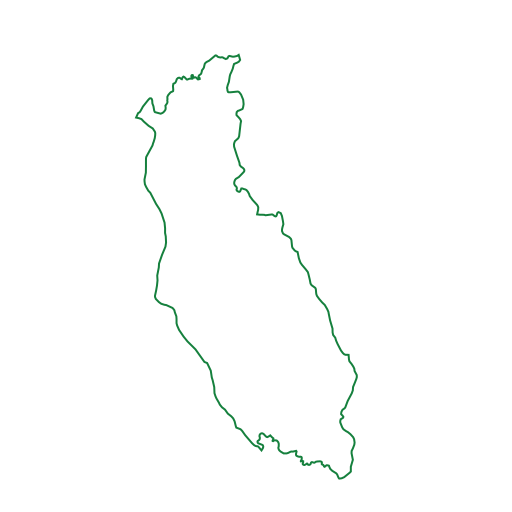 the district of Cam Khe, Phú Thọ, Vietnam, rotated 198°
{"feature_id": "81297802B31371166923700", "entity_name": "Cam Khe", "entity_type": "district", "adm_level": 2, "iso_a3": "VNM", "parent_name": "Vietnam", "parent_adm1": "Phú Thọ", "projection": "robinson", "projection_center": [105.096, 21.384], "detail": "fine", "context": "isolated", "style": "outline", "palette": "green", "viewbox_px": 512, "rotation_deg": 198, "n_neighbors": 0, "source": "geoboundaries", "source_scale": "gbopen_adm2", "svg_char_len": 6028}
<svg xmlns="http://www.w3.org/2000/svg" viewBox="0 0 512 512"><g transform="rotate(198 256 256)"><path d="M238.0,100.3L234.1,97.4L230.0,95.9L227.5,94.5L225.3,92.2L222.6,87.9L221.7,86.7L217.7,86.5L216.8,86.3L215.0,85.3L211.0,82.3L202.0,76.8L199.5,75.6L197.9,75.2L196.5,75.3L195.8,75.5L194.9,75.4L190.7,72.8L190.1,75.2L190.1,76.5L190.3,77.2L190.9,78.0L191.4,78.3L196.1,78.6L196.7,79.0L197.2,79.8L197.2,80.6L196.4,81.6L195.9,82.7L196.0,83.7L196.3,84.6L197.1,85.8L197.2,87.4L196.6,88.5L195.9,89.1L195.1,89.3L193.8,89.1L190.9,87.5L189.9,87.2L189.2,87.3L188.1,88.4L187.0,89.8L184.9,88.6L183.1,87.9L183.0,86.9L183.2,85.7L183.0,85.2L182.5,85.2L181.7,86.3L180.6,86.7L179.3,86.9L178.4,86.5L177.3,85.8L176.3,84.4L175.6,82.1L175.5,80.5L175.0,79.6L174.1,78.6L173.3,78.1L172.1,77.6L168.7,76.8L165.9,77.7L164.5,78.7L162.7,80.5L161.8,81.0L160.4,81.4L157.6,83.1L157.0,82.6L156.8,80.1L156.4,79.1L155.9,78.6L155.1,78.4L154.0,78.3L152.8,78.4L151.6,78.9L150.7,78.9L150.1,78.2L149.7,76.5L150.0,75.3L150.0,74.7L149.8,74.5L149.6,74.6L148.5,75.5L147.7,75.4L147.4,74.4L147.4,72.8L147.0,72.3L146.3,72.1L145.7,72.1L145.3,72.2L144.0,73.5L143.5,74.3L143.0,74.4L142.2,73.7L141.9,73.6L141.0,73.7L140.4,74.1L139.9,74.8L139.8,75.3L139.8,76.5L139.4,77.1L138.9,77.3L137.3,77.3L136.5,77.5L135.4,78.9L133.8,79.7L131.7,80.5L130.8,80.6L130.0,80.5L129.4,79.7L129.3,79.0L129.2,78.5L128.5,78.1L127.6,78.1L126.9,77.7L126.3,76.9L125.7,76.7L125.2,77.2L124.5,78.5L124.0,78.9L122.7,79.1L121.8,79.1L121.1,78.1L119.6,76.5L117.2,75.3L112.5,74.1L111.3,73.3L109.6,71.3L108.4,70.1L107.8,70.1L105.8,71.1L103.8,72.9L99.9,78.9L99.2,80.3L100.7,84.9L100.9,92.1L104.2,98.0L104.8,100.2L104.4,102.9L104.2,106.9L104.6,109.1L106.1,112.1L107.6,113.7L111.1,115.7L114.2,116.9L116.0,117.2L118.3,117.9L119.4,118.3L121.1,119.7L124.4,123.7L124.9,125.1L125.0,126.9L124.2,127.8L123.2,129.1L123.2,130.0L124.3,130.9L126.1,131.8L126.4,132.7L126.6,134.3L126.2,136.5L124.7,138.5L124.3,139.6L124.0,146.4L122.5,155.0L122.4,158.1L123.2,161.4L122.8,166.6L122.6,170.3L122.7,172.0L123.4,173.9L126.7,177.1L127.7,179.2L129.2,180.8L131.8,182.9L134.6,184.7L135.6,186.3L137.4,190.6L140.4,189.7L141.8,189.8L143.5,190.6L146.0,192.4L151.1,197.4L153.7,200.3L155.4,202.8L158.2,204.7L159.5,206.9L160.8,210.6L165.6,217.6L169.1,223.8L169.9,225.3L172.0,227.6L175.5,230.7L178.8,232.3L182.7,234.7L185.7,236.9L186.8,238.3L187.4,239.5L188.6,242.4L189.1,243.3L189.8,244.0L194.1,245.4L195.6,246.6L197.7,250.4L200.5,254.9L201.7,256.7L204.9,258.9L209.6,261.8L211.8,263.5L214.6,267.2L217.7,272.7L219.6,272.8L220.9,273.2L223.9,275.1L224.7,276.3L227.2,282.0L228.2,283.2L230.4,284.3L236.0,285.3L237.3,285.8L239.0,287.8L239.5,289.5L239.7,291.4L239.8,294.7L241.1,297.4L243.7,302.1L245.7,304.4L248.1,304.7L248.9,303.8L249.0,302.8L248.9,301.4L249.1,300.1L249.6,299.7L250.6,299.7L252.8,300.5L253.6,300.5L259.5,297.7L261.0,297.7L265.3,296.4L267.8,295.9L268.1,298.6L268.2,300.4L268.9,303.0L269.6,303.9L270.7,304.9L272.6,306.0L276.5,308.2L280.5,311.1L281.8,312.9L283.6,314.6L285.5,315.8L286.9,316.0L288.4,315.9L289.8,316.0L290.8,315.7L291.1,312.5L291.8,311.8L292.9,311.8L294.1,312.1L295.0,312.9L295.0,314.1L295.5,315.2L296.3,315.9L297.6,316.5L298.1,316.9L299.0,317.9L299.5,319.5L299.5,321.6L299.0,323.1L296.7,325.8L294.1,331.1L293.4,332.7L293.6,334.1L294.5,335.1L295.7,335.7L298.0,336.4L299.6,337.5L300.5,339.4L301.2,340.4L305.1,345.5L310.6,353.2L311.5,355.5L311.6,357.0L311.5,358.7L309.3,362.4L309.1,363.5L309.1,364.9L311.6,377.2L311.9,379.7L313.3,381.2L315.2,382.4L318.0,383.9L318.5,385.0L318.8,386.9L318.1,388.4L317.1,389.1L314.3,391.6L314.2,392.5L314.3,394.1L314.7,396.6L316.5,400.7L320.1,404.9L322.6,406.6L324.0,406.8L325.0,406.4L330.9,403.8L332.4,403.3L333.2,403.3L334.2,404.4L334.8,405.8L335.5,407.0L335.7,409.9L335.6,413.3L336.5,418.8L336.6,420.0L336.6,421.1L336.3,423.1L336.0,426.9L336.2,429.8L336.2,431.9L333.6,434.1L332.3,435.6L331.7,437.6L334.6,441.9L335.8,440.4L338.5,438.8L340.1,438.3L343.0,438.1L343.8,437.5L344.3,435.1L345.6,434.0L347.9,434.3L349.0,434.6L349.8,434.5L351.2,433.8L353.1,433.6L354.1,433.7L355.2,434.3L355.8,434.4L356.6,434.2L360.9,427.3L362.9,425.3L363.5,424.4L364.0,423.4L364.1,422.7L363.8,419.1L364.0,418.0L364.8,415.8L364.6,415.3L364.5,412.7L364.7,412.0L366.0,410.1L366.1,408.6L365.6,408.1L364.7,407.9L364.2,407.0L365.1,406.3L365.5,406.1L366.0,406.0L367.3,406.8L367.9,407.1L369.1,407.2L369.6,406.7L370.2,406.5L370.7,406.8L372.1,408.5L372.8,408.3L373.1,407.8L373.1,407.1L372.5,406.1L371.1,405.5L371.1,405.2L371.4,404.9L373.0,404.5L374.0,404.1L376.0,402.5L376.5,402.5L379.3,404.0L380.4,404.2L380.9,403.5L381.1,402.8L381.0,401.7L381.1,401.2L381.5,401.2L383.7,401.9L384.3,401.8L385.3,401.1L386.0,399.7L386.0,397.6L386.2,396.1L386.6,395.4L387.8,394.3L387.5,392.0L386.1,388.6L385.8,387.2L386.2,386.7L387.4,385.7L388.0,384.9L389.2,382.0L389.5,380.1L389.1,378.7L388.7,378.0L388.5,376.6L387.8,375.2L387.7,374.2L387.9,373.2L388.6,371.0L387.7,369.0L387.4,367.8L387.4,367.0L387.6,366.1L388.3,364.4L389.1,363.2L390.6,361.9L396.5,361.6L397.0,361.9L397.8,362.9L399.8,366.7L401.7,369.1L402.8,371.9L403.7,373.1L404.6,373.5L405.6,373.2L406.0,372.7L406.8,371.0L409.7,363.2L410.6,358.4L411.1,356.8L412.3,355.4L412.8,350.6L409.8,350.9L407.2,350.8L404.3,349.2L398.3,346.6L393.6,345.4L390.6,343.0L389.8,341.8L389.2,339.7L388.7,336.7L388.6,332.7L388.7,331.6L388.6,329.1L391.0,316.3L390.8,314.9L390.0,312.3L388.3,307.1L386.5,301.2L385.7,294.3L385.0,292.4L383.8,289.9L381.9,287.8L378.6,284.8L376.1,283.5L367.2,274.7L362.4,270.8L358.9,267.2L353.3,259.5L351.0,254.2L349.6,249.8L347.9,246.8L345.7,241.0L345.0,236.9L345.7,228.2L345.9,218.9L344.9,215.1L343.9,206.9L342.1,202.3L341.0,197.1L340.3,192.2L339.8,187.1L339.4,185.9L338.0,184.2L334.2,182.2L331.4,181.3L328.1,181.3L326.1,181.6L319.4,180.8L318.0,180.0L316.9,179.2L315.8,177.4L313.1,174.0L312.1,171.5L310.8,167.5L309.5,165.5L306.3,161.9L300.0,157.0L294.8,153.6L284.7,148.5L272.3,139.3L269.4,139.1L263.6,133.0L260.5,126.8L258.8,124.4L255.2,118.4L253.1,112.7L251.2,110.1L249.6,108.3L245.9,105.0L244.5,103.5L241.6,101.6L238.0,100.3Z" fill="none" stroke="#15803d" stroke-width="2"/></g></svg>